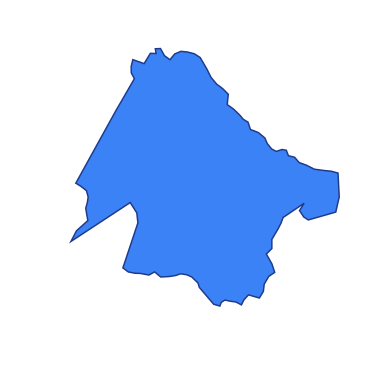 Taquaral de Goiás, Goiás, Brazil (Natural Earth projection), rotated 307°
{"feature_id": "56859067B36818753326646", "entity_name": "Taquaral de Goiás", "entity_type": "district", "adm_level": 2, "iso_a3": "BRA", "parent_name": "Brazil", "parent_adm1": "Goiás", "projection": "natural_earth1", "projection_center": [-49.592, -16.048], "detail": "fine", "context": "isolated", "style": "filled", "palette": "blue", "viewbox_px": 384, "rotation_deg": 307, "n_neighbors": 0, "source": "geoboundaries", "source_scale": "gbopen_adm2", "svg_char_len": 1372}
<svg xmlns="http://www.w3.org/2000/svg" viewBox="0 0 384 384"><g transform="rotate(307 192 192)"><path d="M137.1,298.4L143.8,299.0L147.9,309.6L155.6,308.8L161.9,305.1L170.8,304.1L177.6,306.4L182.6,299.2L187.2,288.7L194.9,289.8L202.2,284.3L214.7,282.9L220.7,281.8L226.5,280.1L250.5,288.3L241.9,289.0L239.3,296.2L239.7,301.7L262.5,318.9L271.8,314.7L276.6,312.6L295.0,297.2L292.4,290.7L288.4,284.1L283.8,275.9L282.3,267.4L280.0,259.8L281.5,253.0L279.0,247.1L282.1,242.2L280.1,238.3L275.1,234.8L274.3,229.6L276.0,222.9L279.0,217.6L279.4,209.2L277.1,201.0L281.5,194.7L280.9,189.2L282.1,184.2L283.2,175.5L283.0,167.6L287.6,164.7L291.9,162.2L293.0,154.5L293.0,146.8L295.0,138.2L299.0,130.2L301.5,124.3L304.3,117.6L303.8,110.7L301.1,104.2L297.7,98.5L291.8,95.1L284.4,94.8L284.3,87.9L287.6,80.5L284.3,76.5L281.0,80.0L277.7,75.3L265.7,76.5L262.1,65.1L255.6,67.9L250.6,71.8L247.8,77.8L225.8,80.5L211.5,82.2L129.1,93.9L129.7,100.1L129.5,107.0L125.5,112.1L120.5,114.8L115.1,116.9L112.2,119.9L106.5,126.0L91.5,123.1L79.7,125.1L146.4,149.0L142.1,160.5L134.7,167.4L89.8,182.5L89.8,189.2L92.8,195.4L95.8,199.6L99.8,207.6L105.7,210.2L105.3,218.2L110.8,224.7L115.6,229.3L119.8,232.1L122.8,237.7L124.0,242.9L122.9,251.6L120.2,255.3L115.4,276.9L117.7,282.9L121.5,281.8L125.5,283.3L127.8,288.3L130.6,293.3L131.6,299.4L137.1,298.4Z" fill="#3b82f6" stroke="#1e3a8a" stroke-width="1.5"/></g></svg>